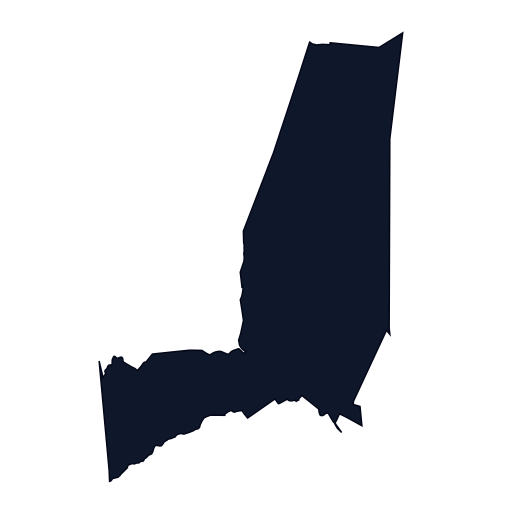 outline of San Pablo Huitzo, Oaxaca, Mexico, rotated 353°
{"feature_id": "50627088B10333117144156", "entity_name": "San Pablo Huitzo", "entity_type": "district", "adm_level": 2, "iso_a3": "MEX", "parent_name": "Mexico", "parent_adm1": "Oaxaca", "projection": "equal_earth", "projection_center": [-96.911, 17.316], "detail": "fine", "context": "isolated", "style": "filled", "palette": "ink", "viewbox_px": 512, "rotation_deg": 353, "n_neighbors": 0, "source": "geoboundaries", "source_scale": "gbopen_adm2", "svg_char_len": 4843}
<svg xmlns="http://www.w3.org/2000/svg" viewBox="0 0 512 512"><g transform="rotate(353 256 256)"><path d="M87.5,341.1L84.1,450.5L83.2,461.8L84.6,461.5L85.6,460.5L86.2,459.8L87.2,459.2L88.3,459.2L89.3,459.1L90.4,459.0L91.5,458.8L92.5,458.6L93.3,457.9L94.3,457.2L94.9,456.4L102.5,450.5L102.7,449.9L103.2,448.4L104.0,447.9L107.4,447.0L108.4,447.1L109.8,447.6L111.7,447.0L113.5,447.0L114.6,447.1L116.0,446.1L117.2,445.7L118.2,446.0L119.3,445.6L119.8,445.0L120.4,443.8L121.0,443.5L122.3,442.9L123.5,441.9L125.4,440.5L127.2,440.1L128.4,439.6L129.7,437.6L130.8,435.0L131.6,433.5L132.3,432.5L133.7,431.7L137.6,432.9L139.0,432.8L140.2,431.7L141.2,430.5L142.5,429.1L143.6,428.6L144.8,428.2L146.5,427.1L149.4,426.8L153.7,425.7L154.6,424.6L156.4,423.5L158.7,423.1L160.5,423.2L162.7,424.0L165.6,423.4L168.4,422.9L171.3,422.1L172.8,421.7L174.3,420.8L176.5,420.5L177.3,420.5L179.0,419.3L180.1,416.6L182.0,413.6L184.5,410.5L187.0,409.5L191.2,408.5L205.6,410.3L206.1,408.9L209.5,407.1L211.5,406.5L212.7,406.4L213.8,407.4L214.1,407.7L215.6,408.4L218.0,407.8L220.8,407.7L223.2,407.7L225.1,411.4L226.8,414.0L227.9,415.8L257.4,400.2L260.2,405.3L260.9,405.1L261.1,405.2L261.3,405.2L268.1,402.5L269.6,401.9L269.7,402.0L270.2,402.3L270.3,402.8L270.5,403.1L270.7,403.3L271.4,403.6L271.7,403.7L271.9,403.7L272.0,403.8L272.7,404.0L273.5,404.1L273.8,404.1L274.1,404.1L274.6,404.1L275.3,404.0L276.0,403.9L276.3,403.9L276.5,403.8L276.9,404.0L277.6,404.5L278.1,404.9L278.2,405.1L278.5,404.9L278.9,404.8L279.0,404.7L279.5,404.6L280.3,404.3L280.5,404.3L280.8,404.1L281.0,404.0L280.9,403.0L284.6,400.1L299.6,415.5L299.6,416.0L299.6,417.5L299.7,419.0L299.9,420.6L300.4,421.9L301.5,422.4L302.5,422.5L303.8,422.1L304.9,421.6L305.8,420.7L306.4,420.6L307.0,420.6L308.5,420.8L310.5,425.5L312.3,429.6L313.4,431.1L313.6,431.7L313.7,432.0L314.6,434.3L314.8,434.6L314.9,435.0L315.1,435.3L315.2,435.7L315.4,436.1L315.6,436.4L315.7,436.7L315.9,437.0L316.1,437.3L316.3,437.6L316.5,437.9L316.8,438.2L319.0,441.0L319.5,441.6L314.6,432.6L314.4,431.8L314.5,430.3L314.9,430.2L315.9,428.9L319.6,422.8L326.5,427.3L331.3,430.8L340.4,437.4L340.9,418.0L334.5,415.2L335.0,412.1L355.0,380.0L376.5,345.6L379.3,350.1L379.4,343.7L403.1,156.0L428.8,52.4L407.3,62.3L403.5,64.0L355.6,53.4L355.4,55.3L347.4,54.0L341.5,53.9L340.0,53.1L338.1,52.6L335.3,50.2L320.7,81.9L313.0,98.3L303.0,119.5L295.8,134.7L285.9,155.8L281.9,163.2L278.5,169.6L278.1,170.3L277.8,171.0L270.5,184.7L258.9,206.5L251.7,220.0L246.5,229.7L245.4,241.0L245.4,242.1L245.6,243.7L245.3,245.3L244.9,249.4L244.2,252.2L244.1,253.0L244.2,253.7L244.2,255.8L243.7,258.0L243.5,259.5L238.4,270.2L238.3,285.5L238.5,285.5L238.8,285.4L239.1,285.0L239.3,286.6L238.9,287.9L237.9,291.4L237.1,293.8L236.5,295.1L235.1,297.5L235.6,312.7L235.6,314.9L235.7,318.4L233.2,325.8L232.5,327.6L231.6,330.4L231.5,330.7L230.4,333.2L228.5,337.4L228.6,339.2L228.7,339.8L228.7,340.2L228.7,341.0L228.7,341.7L228.8,342.3L229.1,343.2L229.7,344.7L230.0,345.2L230.5,345.7L230.8,346.3L231.2,347.0L232.8,348.6L233.5,349.3L233.9,349.5L234.4,349.9L234.2,350.1L233.5,350.5L233.1,350.7L232.9,350.8L232.6,350.8L232.3,350.8L232.1,350.8L231.8,350.7L231.6,350.6L231.4,350.4L231.2,350.3L230.9,349.9L230.7,349.6L230.4,349.3L229.3,347.9L228.8,347.2L228.6,347.0L228.4,346.7L228.2,346.4L227.7,346.1L227.2,346.0L226.9,345.9L226.5,346.0L225.6,346.2L225.4,346.3L225.0,346.4L223.2,346.8L222.9,346.8L220.9,347.4L220.2,347.7L219.6,348.0L218.2,349.2L218.0,349.3L217.2,349.8L216.8,350.0L216.5,350.1L215.8,350.0L211.9,347.8L210.6,347.0L209.4,346.4L208.2,346.2L207.4,346.1L205.1,346.2L204.4,346.3L203.8,346.4L203.3,346.5L202.9,346.6L202.7,346.7L202.1,346.8L201.6,347.0L200.3,347.6L199.6,347.9L199.6,348.1L199.0,348.2L197.9,348.5L195.0,346.6L190.8,343.1L178.9,341.4L159.7,341.0L141.2,340.7L135.1,346.7L134.0,347.7L133.7,347.7L132.4,347.9L132.0,348.0L131.7,348.2L131.1,348.6L130.7,349.0L129.2,350.8L128.6,351.4L128.2,351.8L125.4,354.3L125.0,354.6L124.8,354.7L124.5,354.8L124.4,354.8L124.2,354.8L123.9,354.7L123.7,354.6L123.3,354.2L122.7,353.5L122.4,353.2L122.0,352.8L118.5,350.5L118.1,350.2L111.9,345.4L111.6,345.1L111.4,344.8L111.3,344.4L111.2,343.9L111.2,343.4L111.2,342.7L111.3,342.1L111.2,341.5L111.0,340.9L110.8,340.6L110.4,340.2L109.9,339.9L109.5,339.9L109.0,339.9L106.4,340.6L106.0,340.6L105.7,340.6L105.2,340.3L104.9,339.9L104.0,338.8L103.8,338.6L103.5,338.4L103.2,338.3L102.9,338.3L102.6,338.5L102.3,338.7L102.1,339.0L100.8,341.3L100.6,341.7L100.5,342.3L100.5,342.8L100.4,343.4L100.3,344.0L100.1,345.3L100.0,345.6L99.9,345.9L99.7,346.2L99.5,346.3L99.2,346.5L98.8,346.5L98.3,346.4L97.6,346.3L97.1,346.3L96.7,346.5L96.3,346.7L95.9,347.0L95.4,347.5L95.2,347.9L94.7,348.9L94.5,349.3L94.3,349.5L93.9,349.9L92.7,350.8L92.3,351.2L92.1,351.6L92.0,352.1L92.0,352.5L92.2,353.7L92.2,354.2L92.4,354.7L89.3,357.8L88.7,352.0L88.5,350.6L87.5,341.1Z" fill="#0f172a" stroke="#020617" stroke-width="1.5"/></g></svg>